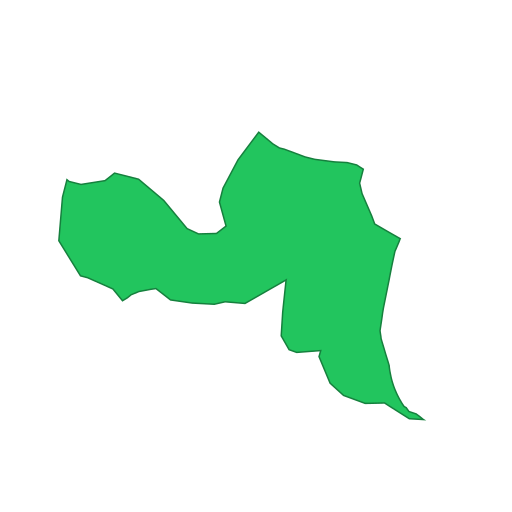 outline of El Mansora 1, Ad Daqahliyah, Egypt, rotated 104°
{"feature_id": "37247803B85247487045844", "entity_name": "El Mansora 1", "entity_type": "district", "adm_level": 2, "iso_a3": "EGY", "parent_name": "Egypt", "parent_adm1": "Ad Daqahliyah", "projection": "robinson", "projection_center": [31.384, 31.029], "detail": "fine", "context": "isolated", "style": "filled", "palette": "green", "viewbox_px": 512, "rotation_deg": 104, "n_neighbors": 0, "source": "geoboundaries", "source_scale": "gbopen_adm2", "svg_char_len": 1765}
<svg xmlns="http://www.w3.org/2000/svg" viewBox="0 0 512 512"><g transform="rotate(104 256 256)"><path d="M374.2,54.0L374.1,54.3L373.1,56.4L372.1,58.5L371.2,60.7L370.9,61.5L370.5,62.3L370.2,66.1L369.9,70.0L366.8,73.6L366.8,73.8L366.7,74.0L366.2,75.9L366.1,76.0L364.5,77.8L363.1,79.3L361.5,80.8L360.0,82.3L358.4,83.7L356.8,85.1L355.2,86.4L353.5,87.7L351.8,89.0L350.1,90.2L348.3,91.4L346.5,92.5L344.7,93.6L342.9,94.6L341.0,95.6L339.1,96.5L337.2,97.4L335.3,98.3L333.3,99.1L331.3,99.9L330.6,100.1L329.9,100.4L327.0,102.1L320.9,105.8L320.7,105.9L320.6,106.0L314.6,109.5L308.4,113.2L305.4,114.9L305.1,115.0L304.8,115.0L298.5,117.6L286.9,118.7L284.1,119.0L280.4,119.4L275.3,119.8L246.7,121.1L243.4,121.3L237.3,121.6L231.1,121.9L225.0,122.1L218.8,122.3L217.6,122.3L215.4,121.9L212.9,121.5L210.3,121.1L207.8,120.7L205.2,120.4L204.6,120.4L204.3,120.3L200.4,134.1L196.2,148.6L195.8,148.9L195.3,149.2L189.0,153.5L188.9,153.6L169.8,168.2L160.2,173.1L155.4,173.0L145.8,172.9L144.4,177.2L143.3,180.3L143.3,190.2L145.7,202.6L148.0,222.4L148.0,232.3L147.5,236.7L145.5,254.5L145.5,259.5L143.1,266.9L140.7,271.8L135.2,283.3L167.0,296.7L198.1,304.4L212.5,304.5L234.2,292.3L243.7,299.8L248.5,317.1L246.1,329.5L224.4,359.0L209.9,388.5L209.8,413.3L219.4,420.7L228.9,443.1L228.9,448.0L228.9,455.4L227.7,457.9L231.3,457.9L245.7,458.0L288.9,451.0L305.7,433.8L317.7,421.5L317.8,414.1L322.6,386.9L331.7,374.7L327.7,370.7L323.8,367.8L318.8,361.0L313.8,350.1L311.8,345.2L319.3,328.3L317.1,306.5L312.9,284.8L307.9,274.9L304.7,255.2L271.9,221.0L272.0,221.0L297.8,217.4L304.1,216.5L327.4,212.2L338.9,201.2L339.7,193.2L332.1,170.3L338.4,170.5L361.5,153.3L370.1,137.3L372.6,114.5L371.8,111.4L367.5,95.7L369.5,89.9L376.8,67.9L374.2,54.0Z" fill="#22c55e" stroke="#15803d" stroke-width="1.5"/></g></svg>